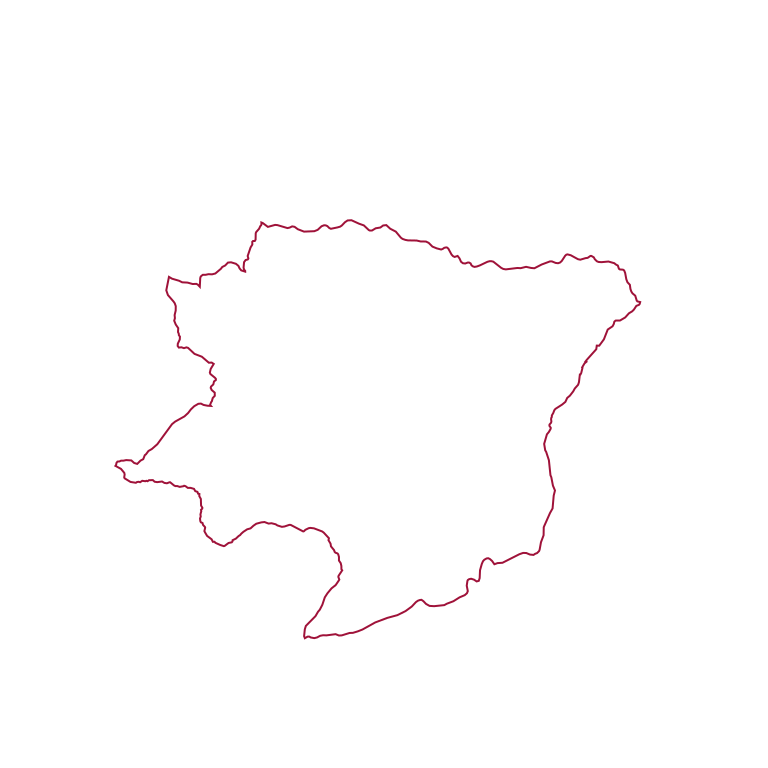 the district of El Colegio, Cundinamarca, Colombia, rotated 45°
{"feature_id": "7082276B60890282056473", "entity_name": "El Colegio", "entity_type": "district", "adm_level": 2, "iso_a3": "COL", "parent_name": "Colombia", "parent_adm1": "Cundinamarca", "projection": "robinson", "projection_center": [-74.434, 4.561], "detail": "fine", "context": "isolated", "style": "outline", "palette": "rose", "viewbox_px": 768, "rotation_deg": 45, "n_neighbors": 0, "source": "geoboundaries", "source_scale": "gbopen_adm2", "svg_char_len": 6165}
<svg xmlns="http://www.w3.org/2000/svg" viewBox="0 0 768 768"><g transform="rotate(45 384 384)"><path d="M226.7,325.2L219.7,332.8L213.6,335.5L209.6,336.1L207.6,337.5L206.7,340.1L205.5,342.0L196.3,347.0L194.5,348.5L190.8,355.0L184.5,355.9L183.1,356.5L184.5,357.8L184.9,358.7L184.9,359.9L185.9,362.5L186.2,367.0L186.7,368.1L191.1,372.7L191.5,374.3L190.3,375.5L190.3,376.6L192.3,378.5L193.1,381.8L197.1,389.9L199.3,391.1L199.5,391.6L199.6,392.3L198.5,394.2L198.9,396.8L202.4,401.0L204.1,402.0L205.9,402.2L206.4,402.7L202.7,404.6L200.2,404.4L197.5,403.4L194.3,403.7L189.8,406.1L187.8,408.5L187.9,412.5L186.9,415.6L187.2,417.9L186.6,425.1L184.9,428.0L182.2,430.5L180.6,433.0L178.7,434.9L178.4,436.8L178.6,438.1L179.3,439.2L185.0,445.5L182.0,445.4L180.5,445.9L178.0,448.6L173.4,451.2L169.4,454.8L166.1,455.9L159.7,459.4L156.2,460.3L163.8,471.7L168.3,473.9L176.8,474.5L179.0,474.9L181.7,476.2L184.8,479.4L187.2,483.3L189.6,485.3L190.9,487.6L194.7,489.2L199.0,490.0L201.6,492.9L203.4,493.6L204.4,494.5L206.2,494.8L208.1,496.9L209.7,501.3L211.2,503.0L213.2,503.3L214.8,501.3L217.2,500.1L218.4,497.8L219.9,497.0L228.7,496.7L235.9,493.5L245.1,492.8L247.0,490.7L249.4,490.2L250.8,495.9L252.8,499.1L254.2,499.7L260.2,499.1L261.6,499.3L262.3,500.1L262.0,502.4L263.6,505.0L263.5,508.1L264.2,509.3L266.4,510.1L270.4,509.8L272.7,512.0L272.8,515.0L274.5,518.0L274.6,519.0L275.8,521.8L277.1,521.9L274.5,524.2L271.2,526.4L268.4,527.3L266.7,529.3L265.5,533.9L265.4,538.5L266.0,543.0L265.8,548.0L262.9,558.3L262.5,562.3L266.3,586.9L265.8,594.2L264.8,597.9L265.4,602.1L265.2,603.5L266.9,607.4L266.0,610.3L266.0,615.0L263.2,616.5L259.4,616.7L255.5,620.1L254.0,622.4L252.3,624.1L251.7,625.8L250.4,627.3L250.6,628.9L251.8,630.7L252.0,631.8L258.1,630.0L263.2,630.5L264.6,631.4L266.3,633.7L267.3,634.1L274.0,632.5L278.4,629.3L278.7,627.9L279.7,626.6L281.0,625.9L281.5,623.4L284.0,621.5L284.4,620.5L285.6,619.9L285.8,618.3L288.5,615.4L290.9,615.3L293.0,613.8L296.0,609.9L298.7,609.2L300.7,607.7L301.8,605.2L302.3,604.7L307.3,604.2L308.7,603.7L309.9,602.4L312.3,601.2L314.5,598.0L314.6,597.3L315.9,596.6L318.7,596.2L320.7,594.2L323.8,592.5L326.3,593.2L328.3,592.2L330.1,593.0L331.2,592.3L332.7,593.9L335.8,594.8L340.6,599.3L343.2,600.0L343.6,600.7L343.6,602.4L344.7,603.1L346.4,606.0L348.1,607.3L349.0,609.2L351.0,610.8L352.3,611.3L353.9,610.6L355.7,611.6L358.4,611.7L359.1,612.0L361.0,615.0L362.1,615.4L366.3,616.5L371.9,615.7L374.6,616.6L375.7,615.4L377.1,615.5L382.1,613.6L385.4,611.9L385.8,611.2L386.5,606.3L388.3,603.6L388.2,602.5L387.4,601.5L388.6,598.1L388.7,594.3L389.1,592.5L388.9,590.8L389.1,587.9L390.0,583.5L391.7,580.5L391.9,576.5L392.5,573.1L395.1,568.6L397.1,566.1L401.1,564.3L402.9,562.0L406.6,559.8L408.6,559.4L412.8,557.2L414.4,555.1L416.7,550.5L417.7,549.6L431.1,545.4L431.5,544.7L431.5,542.7L432.7,539.2L433.6,537.9L436.5,535.6L444.5,532.0L446.5,531.7L454.1,532.0L455.2,533.7L459.1,534.7L461.3,536.3L466.2,536.8L467.8,537.6L469.0,537.6L470.9,536.7L472.0,536.8L474.4,538.1L477.0,540.7L480.1,541.3L482.5,542.8L484.9,545.1L486.2,545.3L487.5,551.7L488.1,552.7L490.7,553.9L491.0,555.0L492.0,560.3L491.4,565.6L492.0,572.0L493.0,576.7L496.5,583.7L498.2,589.0L498.4,591.7L499.7,596.6L499.8,610.3L501.5,613.5L505.8,618.8L507.8,619.7L508.6,616.7L509.2,616.0L509.9,615.4L511.3,615.1L514.4,613.0L515.9,610.5L516.9,607.2L518.6,604.7L521.0,602.5L526.7,595.1L530.0,593.7L531.9,591.6L535.7,584.4L538.0,581.9L540.4,577.4L542.4,572.8L546.4,558.8L551.7,547.1L556.9,538.0L559.8,529.4L561.0,521.7L560.8,515.7L561.2,513.3L562.1,511.4L563.1,510.1L565.5,509.7L569.2,509.8L573.1,508.7L576.6,505.6L583.0,497.7L583.8,494.9L586.7,488.5L588.3,481.4L590.4,476.2L590.6,473.3L589.7,471.2L585.1,468.1L582.2,464.2L581.9,463.3L582.2,461.8L583.3,460.1L586.0,458.7L589.1,458.1L590.2,456.2L588.9,453.6L583.6,447.8L580.4,442.1L579.3,439.3L579.2,437.3L579.9,434.8L580.9,433.5L582.6,432.9L585.5,432.7L589.5,433.4L590.9,430.4L594.2,426.6L600.1,408.6L601.8,405.1L604.1,402.9L607.8,401.4L610.6,399.1L610.9,397.3L611.8,395.3L611.8,392.5L611.2,391.1L606.9,384.9L603.8,378.1L598.3,372.4L597.8,371.3L592.6,357.8L591.2,352.8L582.9,342.9L580.2,338.4L575.3,336.4L568.2,331.6L566.2,330.8L554.5,321.3L546.6,317.3L544.9,316.9L539.6,313.1L534.8,304.4L534.5,301.3L533.5,297.8L532.8,297.0L530.8,296.7L530.1,296.2L529.7,295.6L529.5,293.2L528.8,292.1L527.2,290.9L526.3,289.8L526.0,288.7L524.9,287.5L524.2,284.8L523.0,282.2L522.8,280.4L524.5,272.6L524.9,268.4L523.4,264.3L523.7,260.8L523.0,255.4L522.1,252.3L521.8,247.3L520.6,244.9L515.8,238.8L516.2,238.4L515.7,236.8L512.9,232.2L512.4,232.2L512.1,231.1L511.2,227.6L511.4,225.4L510.6,225.7L510.3,223.6L509.5,209.3L507.3,206.4L509.1,204.7L507.9,196.9L503.7,187.3L504.8,181.6L504.1,179.2L502.8,177.0L502.9,175.4L506.0,172.2L507.5,166.4L507.2,160.8L508.1,157.2L508.1,154.7L507.2,150.3L508.3,147.8L508.2,146.6L507.2,144.9L504.8,146.4L503.7,146.3L499.2,143.9L495.6,144.2L493.4,143.7L491.0,142.5L487.7,140.0L484.2,139.9L481.3,138.6L475.9,134.9L473.5,133.9L472.1,134.2L469.8,136.2L468.6,136.4L465.6,134.9L463.2,135.6L461.5,135.7L456.1,138.7L451.6,144.1L449.4,146.0L447.7,146.7L444.8,146.7L442.8,146.1L440.1,146.8L439.4,147.5L438.8,150.8L437.5,152.5L434.9,157.3L432.9,158.6L425.0,160.9L422.1,162.6L421.5,163.6L421.4,165.1L422.7,171.3L422.6,173.6L421.7,175.5L419.8,177.0L416.0,178.6L414.7,179.9L411.0,188.0L408.5,195.8L406.0,197.9L401.6,200.7L398.7,205.5L396.3,207.6L389.1,216.8L387.0,218.3L384.8,219.0L374.8,220.2L373.0,221.3L371.9,222.4L370.7,224.5L367.9,232.4L366.6,235.2L365.2,237.2L363.6,238.0L361.9,238.2L360.0,237.5L358.2,238.0L357.4,238.8L356.2,241.4L354.4,242.8L352.0,243.1L348.6,241.8L345.5,241.4L344.1,244.2L342.4,244.8L340.2,244.7L333.8,242.8L332.2,242.9L331.4,243.4L330.3,245.1L330.0,247.0L329.3,248.5L325.4,250.8L321.1,252.6L315.8,252.6L312.9,253.6L309.1,257.3L305.6,259.5L299.4,265.5L297.2,267.0L294.5,268.3L292.4,268.6L284.6,267.9L278.6,269.8L273.3,270.0L271.3,272.5L270.8,275.9L268.0,279.8L267.0,283.9L265.5,285.5L264.4,285.9L257.6,286.1L253.0,288.3L245.2,291.2L242.6,294.1L242.0,297.2L242.1,301.8L241.7,303.8L240.3,306.3L236.7,311.8L235.0,312.4L232.3,312.4L230.7,313.0L229.4,314.1L228.3,316.6L228.1,321.9L226.7,325.2Z" fill="none" stroke="#9f1239" stroke-width="2"/></g></svg>